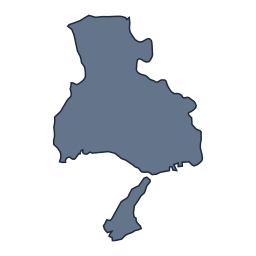 Hyōgo, orthographic projection
{"feature_id": "JPN-1849", "entity_name": "Hyōgo", "entity_type": "Prefecture", "adm_level": 1, "iso_a3": "JPN", "parent_name": "Japan", "parent_adm1": "", "projection": "orthographic", "projection_center": [134.835, 34.932], "detail": "fine", "context": "isolated", "style": "filled", "palette": "slate", "viewbox_px": 256, "rotation_deg": 0, "n_neighbors": 0, "source": "natural_earth", "source_scale": "10m", "svg_char_len": 3155}
<svg xmlns="http://www.w3.org/2000/svg" viewBox="0 0 256 256"><path d="M67.7,26.3L69.1,24.6L73.7,23.1L80.2,20.6L84.1,18.1L88.9,15.4L95.5,17.3L102.6,16.6L108.0,16.7L117.3,16.3L121.2,16.4L123.1,16.9L125.6,17.7L126.7,19.5L129.2,17.5L129.8,23.0L129.7,24.7L129.5,26.2L129.5,28.8L129.8,30.8L130.5,32.7L131.8,34.9L135.1,39.6L137.9,41.5L140.4,42.1L142.6,41.5L146.4,39.3L147.7,38.8L149.1,38.7L150.5,39.5L151.6,41.2L152.0,44.3L152.5,54.3L152.3,55.9L151.7,57.5L150.9,59.0L150.1,60.3L149.2,61.4L148.0,61.9L146.6,62.0L145.6,61.8L144.4,61.3L141.6,59.6L139.9,58.8L138.6,59.0L137.6,59.9L137.0,61.7L136.8,63.3L136.4,69.2L136.5,70.3L137.1,71.6L138.4,72.9L140.7,74.2L145.0,75.4L146.5,76.2L148.0,77.5L149.7,79.3L154.3,81.0L155.9,82.1L157.9,81.9L160.7,80.2L162.0,79.9L164.5,80.0L165.2,80.3L166.0,81.1L167.6,85.8L169.7,89.5L171.3,91.7L174.2,93.6L176.6,93.5L178.5,93.7L180.4,94.4L181.8,95.6L182.8,97.4L184.1,97.9L187.5,97.3L189.0,97.8L193.4,101.0L194.7,102.2L195.6,104.1L196.2,105.7L195.7,107.7L193.4,110.0L191.1,111.6L189.5,112.2L188.5,112.9L188.5,114.1L188.9,115.2L191.6,117.8L192.0,124.5L196.0,129.0L200.2,130.9L201.2,132.0L201.0,134.2L201.2,137.9L201.1,140.3L200.6,142.7L200.3,145.4L200.4,148.7L201.8,153.8L202.4,158.6L202.2,159.6L202.0,160.1L201.7,160.6L200.5,162.1L198.0,164.2L196.1,165.1L194.0,165.9L191.8,164.7L189.0,161.8L186.1,162.0L182.2,162.3L182.3,166.2L178.1,166.6L178.2,163.0L173.9,164.6L176.7,170.6L172.8,170.0L171.9,166.6L169.6,167.0L169.4,170.6L160.3,172.3L156.3,174.2L152.1,174.6L148.5,172.0L143.8,172.2L141.4,171.8L138.5,168.2L134.8,166.6L132.4,164.5L125.5,160.0L121.4,158.5L116.7,154.6L114.4,153.1L108.4,151.6L92.3,153.1L91.4,152.8L90.7,152.3L90.0,152.1L89.2,152.6L88.6,153.1L87.8,153.6L87.0,154.0L86.3,154.1L84.6,153.9L83.4,153.4L82.7,152.1L82.8,149.9L82.0,150.2L81.2,150.7L80.6,151.5L80.3,152.5L80.2,153.8L79.8,153.9L79.2,153.7L78.5,154.1L75.3,158.5L74.2,159.2L72.5,159.1L71.2,158.3L70.1,157.4L69.1,157.1L67.4,157.6L66.1,158.9L65.4,160.6L65.6,162.3L62.2,162.4L59.5,161.7L60.7,158.2L60.9,156.4L60.7,153.8L60.3,152.4L59.7,151.2L57.5,147.9L53.9,144.6L53.6,142.4L53.7,140.1L54.5,136.8L54.5,133.1L53.9,127.1L54.7,122.4L54.8,120.2L54.7,118.4L54.6,117.4L54.8,117.0L60.8,111.2L67.0,100.6L68.4,98.8L69.9,97.5L70.9,96.1L71.3,94.4L70.9,91.5L70.2,89.0L71.2,84.5L71.2,82.7L73.7,83.1L74.6,83.9L76.2,84.5L77.7,84.3L79.5,83.3L83.2,80.4L84.7,78.3L85.4,76.2L85.5,73.6L85.2,71.0L85.1,69.8L84.9,68.6L84.5,67.0L81.5,62.5L81.0,59.3L80.3,56.7L77.4,50.8L74.0,34.8L71.8,29.5L68.1,26.6L67.7,26.3ZM146.7,177.2L149.9,179.8L150.2,181.6L148.7,183.6L146.8,185.8L145.8,189.0L144.4,192.8L141.0,195.9L138.0,200.7L134.3,206.0L133.6,211.7L133.4,213.0L133.8,214.8L133.9,216.6L136.0,218.2L136.2,221.0L137.2,222.8L140.3,226.0L141.2,228.6L138.7,229.7L135.1,230.6L132.0,232.5L128.4,233.8L125.6,235.2L121.4,239.2L115.3,240.5L112.4,240.6L112.1,237.7L109.4,236.5L109.0,236.0L110.5,233.2L111.8,231.3L107.3,232.6L104.6,229.3L103.4,225.8L105.0,223.7L106.7,219.8L109.4,220.5L111.4,219.5L121.2,201.7L124.4,199.6L126.7,198.2L127.7,197.3L128.4,196.2L129.5,193.6L130.3,192.2L131.9,189.2L136.7,186.6L138.7,185.9L141.8,181.4L144.1,178.1L146.7,177.2Z" fill="#64748b" stroke="#1e293b" stroke-width="1.5"/></svg>